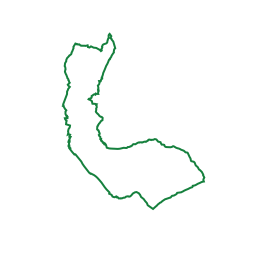 Tomesti, Harghita, Romania (Natural Earth projection), rotated 37°
{"feature_id": "2599482B27343376756903", "entity_name": "Tomesti", "entity_type": "district", "adm_level": 2, "iso_a3": "ROU", "parent_name": "Romania", "parent_adm1": "Harghita", "projection": "natural_earth1", "projection_center": [25.786, 46.588], "detail": "fine", "context": "isolated", "style": "outline", "palette": "green", "viewbox_px": 256, "rotation_deg": 37, "n_neighbors": 0, "source": "geoboundaries", "source_scale": "gbopen_adm2", "svg_char_len": 5780}
<svg xmlns="http://www.w3.org/2000/svg" viewBox="0 0 256 256"><g transform="rotate(37 128 128)"><path d="M220.8,125.1L219.5,124.2L219.1,123.5L218.7,121.6L216.4,120.5L216.2,120.0L213.5,118.7L210.8,118.3L209.6,118.4L207.3,117.3L204.6,117.1L202.0,115.5L200.8,115.4L198.5,116.4L197.8,116.1L196.2,114.7L194.5,114.0L190.8,112.0L190.4,111.9L189.8,112.1L188.9,112.7L188.2,112.8L187.2,112.6L186.1,112.6L183.4,113.4L182.3,113.5L180.7,113.9L180.2,114.2L178.4,114.8L175.5,115.1L174.9,115.5L174.4,116.8L173.4,117.9L170.0,120.2L169.2,120.5L168.2,120.4L167.1,119.7L166.1,120.1L164.9,121.0L162.9,120.1L162.6,119.8L161.8,120.0L160.5,120.7L159.8,120.7L159.5,120.5L158.7,120.4L157.9,120.1L157.1,120.2L156.0,120.8L155.2,122.3L153.9,123.3L153.8,123.6L153.3,123.7L152.8,124.2L152.3,124.2L151.6,124.8L151.4,125.2L151.5,126.0L151.4,126.1L151.4,126.4L150.9,127.4L150.9,127.7L150.6,128.3L150.2,128.3L149.5,128.9L149.0,129.5L148.3,130.8L147.9,130.9L147.6,131.4L147.1,131.5L145.9,132.5L145.8,132.8L145.4,132.9L144.6,134.1L143.7,136.5L142.6,137.3L142.3,137.4L141.8,138.2L141.8,139.8L141.3,140.6L141.3,141.0L140.9,141.3L140.8,141.8L140.2,142.6L139.2,143.5L139.2,144.2L138.7,145.0L136.5,146.4L134.0,149.4L132.5,150.8L126.6,154.8L125.1,155.7L122.9,156.5L120.7,154.8L120.2,155.0L119.5,154.7L119.0,155.3L117.7,154.9L117.7,154.7L117.3,154.8L117.3,154.5L117.6,154.5L117.8,154.3L116.2,154.4L115.5,154.5L114.8,154.5L114.5,154.4L114.7,154.0L113.3,153.6L113.1,153.1L112.8,153.4L112.5,153.5L112.0,152.6L111.1,151.7L110.0,151.7L108.9,151.1L109.0,150.6L109.0,150.0L108.7,149.4L108.3,149.1L107.7,149.0L107.1,148.4L106.5,148.2L106.2,147.8L105.9,147.7L105.6,147.6L104.8,147.8L104.1,147.6L102.6,145.3L102.5,145.1L102.7,144.2L102.3,143.4L102.4,143.1L102.2,142.0L102.4,141.5L102.3,139.0L102.3,138.5L102.9,137.2L101.7,135.2L100.7,135.0L100.0,135.1L99.4,135.5L97.8,135.5L95.9,134.9L95.4,135.0L93.1,134.6L92.4,134.2L92.3,133.7L91.7,132.7L91.6,132.4L91.0,131.9L90.8,131.4L90.6,130.3L89.0,128.5L88.6,128.8L88.5,128.7L88.6,128.3L88.6,127.9L87.1,128.6L85.0,130.0L84.0,129.2L83.1,128.3L81.2,128.3L80.0,128.5L79.9,128.7L79.2,128.8L79.2,128.2L79.8,127.6L80.6,126.1L80.6,125.6L79.7,124.2L80.2,123.3L80.3,122.4L80.6,121.7L80.9,121.2L81.9,121.0L81.6,119.9L82.2,119.8L83.7,118.7L83.4,118.5L82.4,116.9L81.9,116.4L82.1,116.2L81.2,115.5L81.5,115.3L80.6,114.5L80.3,113.9L79.7,113.3L78.4,112.2L78.6,111.1L78.5,110.0L77.7,108.6L76.7,107.9L77.4,107.4L77.8,107.5L78.0,107.4L78.0,106.8L77.5,105.9L77.6,104.5L77.4,104.2L77.0,104.2L76.8,103.8L77.2,103.6L76.8,103.2L76.7,102.7L76.4,102.4L76.0,100.9L75.1,98.9L74.4,95.9L73.2,91.5L72.9,89.1L72.3,86.6L72.0,85.8L71.8,84.7L72.2,84.1L72.1,83.5L71.8,83.3L71.8,81.3L71.4,80.1L71.2,77.2L71.3,76.2L70.6,75.5L70.4,75.0L69.8,73.9L69.6,72.8L69.8,72.0L64.2,67.8L61.7,67.2L61.4,66.8L60.0,66.8L59.4,64.7L56.7,63.9L56.6,64.9L56.8,65.7L58.2,67.5L58.6,69.4L58.9,69.9L59.2,70.9L59.8,71.9L59.9,72.8L59.7,73.6L58.3,75.6L57.9,76.5L57.9,77.3L58.1,77.7L58.2,78.6L58.9,79.0L59.2,79.9L59.1,80.4L59.4,80.8L59.4,81.1L60.4,81.9L60.1,82.9L58.6,82.6L55.0,83.1L54.4,83.2L52.2,84.5L49.3,85.1L48.8,86.9L47.5,87.4L47.4,87.1L46.8,87.0L46.0,86.3L45.7,86.7L44.8,87.9L44.3,88.1L44.1,88.3L43.4,88.7L41.9,89.9L41.5,90.0L41.2,90.4L40.4,90.7L38.9,90.5L38.6,90.6L38.2,91.2L37.1,91.5L37.1,91.8L36.5,92.1L36.1,91.9L35.2,92.2L35.6,96.1L36.4,96.9L37.4,100.5L37.5,101.6L37.9,102.3L38.2,103.2L38.1,103.8L37.7,105.1L37.7,105.4L37.5,105.6L37.6,106.3L37.3,108.9L37.8,110.9L38.5,111.9L38.7,113.9L39.0,114.6L40.0,116.2L40.1,116.6L41.3,117.2L42.8,118.7L43.0,119.6L43.4,120.1L43.6,120.8L44.0,121.2L46.2,122.5L46.6,122.6L49.3,124.3L49.5,124.6L50.8,124.9L51.4,125.3L51.6,125.7L52.6,126.0L53.5,126.8L54.1,126.9L54.1,127.2L54.3,127.6L53.9,128.7L54.0,129.3L53.9,129.7L54.1,129.8L55.0,130.1L56.8,130.2L56.7,132.7L57.1,133.8L57.4,135.5L58.9,137.6L62.0,148.2L62.9,148.7L62.8,149.6L63.9,149.6L66.0,150.6L68.1,151.0L68.2,152.5L69.6,154.4L71.5,155.4L71.7,155.2L71.9,155.4L72.1,155.2L72.7,155.9L73.1,155.6L73.7,156.5L71.7,158.2L72.5,158.8L73.4,159.0L73.8,159.2L74.4,159.0L74.7,159.2L75.1,160.4L76.3,162.3L80.2,160.9L81.0,162.3L81.2,163.4L81.1,163.8L81.2,164.7L82.1,166.7L82.4,166.9L83.2,167.7L83.9,169.4L84.3,168.6L85.8,168.2L86.0,169.4L86.4,170.3L87.5,169.7L87.9,172.0L88.2,173.1L88.7,172.9L89.6,174.0L89.2,174.3L89.3,174.5L88.7,174.8L88.8,175.0L89.3,174.8L90.2,175.8L90.8,176.8L90.2,177.1L91.5,177.1L91.5,177.5L91.1,177.5L91.3,177.6L91.5,178.0L91.3,178.1L91.6,178.5L92.6,178.7L92.6,178.4L92.8,178.4L92.8,178.8L93.6,178.8L93.5,179.4L94.2,179.4L94.1,179.7L97.7,180.7L100.9,181.4L101.0,181.2L101.4,181.3L101.9,180.7L110.9,182.9L113.2,184.0L115.9,184.9L124.0,187.1L124.7,186.9L125.1,187.1L125.7,187.1L126.1,186.6L127.5,186.4L128.8,186.1L131.1,186.0L133.4,186.2L136.0,186.7L139.6,187.5L145.1,189.3L147.9,190.0L152.0,190.6L152.5,191.8L154.2,191.4L155.2,191.3L156.9,192.1L158.6,191.6L159.0,191.3L159.7,189.9L160.2,189.8L160.7,190.2L160.9,190.1L160.9,189.8L160.8,189.6L161.2,189.6L161.1,189.8L161.9,189.7L162.1,189.5L163.0,189.8L164.1,188.9L164.3,188.9L164.6,188.4L165.0,188.3L165.3,187.9L165.6,187.7L166.4,186.3L167.3,185.6L167.5,185.1L167.8,183.9L169.1,182.5L170.0,182.3L170.7,181.7L171.2,180.0L171.3,177.4L172.2,175.3L172.8,174.6L173.4,174.0L176.1,173.6L177.4,174.1L177.7,174.0L179.9,175.2L183.3,175.3L185.8,176.1L187.9,176.5L188.7,176.8L189.8,177.6L190.3,177.8L196.7,177.6L197.4,174.1L197.8,172.4L197.8,171.3L198.4,169.2L198.4,168.7L199.1,167.5L199.5,165.3L199.7,165.0L200.4,162.8L203.0,159.0L203.3,158.5L203.8,158.0L203.9,157.3L203.9,156.2L204.1,155.5L204.7,155.0L205.5,154.0L206.4,151.8L206.5,151.1L206.3,150.2L209.2,147.3L209.5,146.6L210.1,145.5L210.5,144.4L211.5,142.5L212.6,140.7L213.9,138.0L214.9,136.7L214.9,135.8L214.5,135.2L215.7,133.9L216.3,133.0L217.4,130.4L218.4,128.7L219.3,126.9L220.1,125.8L220.8,125.1Z" fill="none" stroke="#15803d" stroke-width="2"/></g></svg>